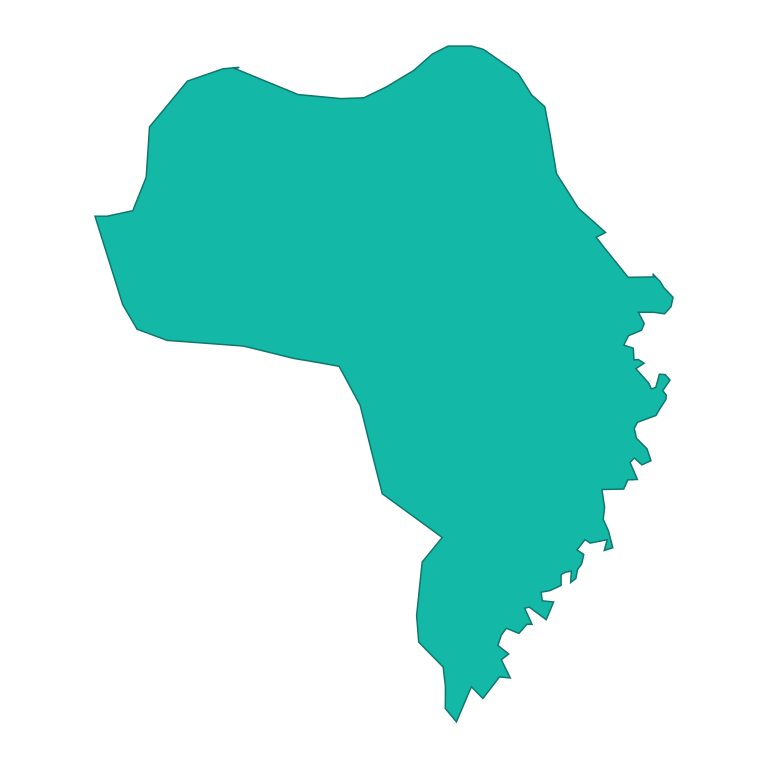 Buu-Yao, Nimba, Liberia
{"feature_id": "62588387B45934307689461", "entity_name": "Buu-Yao", "entity_type": "district", "adm_level": 2, "iso_a3": "LBR", "parent_name": "Liberia", "parent_adm1": "Nimba", "projection": "albers", "projection_center": [-8.418, 6.861], "detail": "fine", "context": "isolated", "style": "filled", "palette": "teal", "viewbox_px": 768, "rotation_deg": 0, "n_neighbors": 0, "source": "geoboundaries", "source_scale": "gbopen_adm2", "svg_char_len": 2446}
<svg xmlns="http://www.w3.org/2000/svg" viewBox="0 0 768 768"><path d="M383.5,494.6L402.8,508.7L436.4,533.2L437.0,533.7L442.2,537.5L428.0,554.9L427.3,555.8L422.2,562.0L419.7,585.7L417.5,606.9L416.6,615.7L417.1,621.7L417.7,629.2L418.7,642.1L443.2,667.1L444.0,674.3L445.4,686.1L445.4,699.8L445.3,706.6L445.3,708.5L456.4,721.9L468.7,692.9L471.4,686.8L482.9,698.5L499.5,676.9L510.3,678.0L501.3,659.7L506.5,655.7L508.7,654.0L497.9,645.4L501.3,635.1L504.6,630.6L506.4,628.3L518.9,633.4L526.9,624.3L532.0,624.3L524.6,608.2L528.1,607.4L529.2,607.1L546.2,619.7L553.6,602.0L542.3,600.8L541.1,592.2L546.8,591.2L550.2,590.5L561.1,585.4L561.1,581.3L561.1,574.5L565.6,572.2L571.3,571.1L570.7,582.5L575.8,578.5L577.6,569.4L581.5,564.2L583.1,557.7L583.2,557.0L583.8,554.5L577.0,549.9L585.0,539.6L590.1,543.1L607.2,539.7L604.3,550.5L612.8,547.7L608.7,531.9L608.3,530.5L603.2,519.3L604.6,507.4L603.7,501.3L601.9,489.5L623.7,489.1L627.8,479.9L637.4,479.5L630.1,462.5L632.9,459.4L634.2,458.0L635.3,458.9L639.9,463.1L641.9,464.8L642.7,464.5L651.0,460.7L647.0,448.8L636.5,438.3L635.0,431.7L634.2,428.7L637.4,422.3L656.1,415.4L659.7,409.0L665.9,399.5L666.3,395.1L662.7,390.7L670.0,380.1L665.2,374.6L659.4,374.2L655.8,387.4L651.4,388.9L648.9,383.4L646.7,380.9L644.1,377.9L635.8,368.7L644.1,363.2L638.3,359.5L634.0,359.9L633.9,358.5L633.3,348.2L623.8,345.2L624.8,343.1L628.5,335.7L641.6,330.2L644.2,323.6L638.4,312.3L654.0,312.3L664.6,313.8L671.1,306.5L673.0,297.3L663.7,287.5L660.2,281.6L653.2,274.3L653.0,275.1L654.4,276.9L636.7,277.2L628.1,277.3L621.2,268.7L619.5,266.6L604.0,247.4L596.2,237.2L605.6,232.5L578.3,208.1L576.5,205.3L571.6,197.4L561.0,180.7L560.4,179.8L556.5,173.5L554.1,159.0L553.5,155.8L552.4,148.9L550.3,135.8L547.7,121.9L544.8,106.7L532.6,95.8L531.6,94.9L521.6,78.9L518.3,73.7L491.6,55.0L483.2,49.3L471.5,46.1L448.1,46.1L432.5,53.9L428.4,57.5L413.8,70.4L401.1,78.0L386.4,86.9L363.8,97.8L341.1,98.6L331.7,97.7L303.9,95.1L298.2,94.6L262.4,79.9L235.0,68.6L239.3,67.3L227.5,68.4L222.9,68.8L187.4,81.1L164.6,108.7L149.5,126.9L148.3,145.6L146.2,177.2L140.5,191.4L132.8,210.7L114.1,214.7L107.2,216.2L104.9,216.2L95.0,216.2L96.2,220.1L114.5,278.3L115.7,282.2L122.7,304.6L137.1,329.2L140.3,330.4L167.1,340.4L205.2,343.2L238.8,345.7L243.7,346.1L265.2,351.4L293.6,358.4L320.3,362.9L333.6,365.3L339.1,366.3L344.5,376.2L351.8,389.9L360.2,405.5L371.6,451.7L373.5,459.1L375.4,466.6L382.3,493.8L383.5,494.6Z" fill="#14b8a6" stroke="#0f766e" stroke-width="1.5"/></svg>